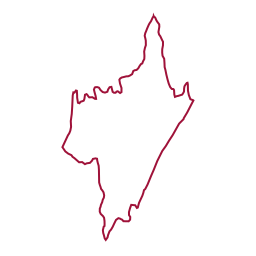 Sollefteå, Västernorrland, Sweden, rotated 269°
{"feature_id": "70781695B14713554089347", "entity_name": "Sollefteå", "entity_type": "district", "adm_level": 2, "iso_a3": "SWE", "parent_name": "Sweden", "parent_adm1": "Västernorrland", "projection": "equal_earth", "projection_center": [16.958, 63.453], "detail": "fine", "context": "isolated", "style": "outline", "palette": "rose", "viewbox_px": 256, "rotation_deg": 269, "n_neighbors": 0, "source": "geoboundaries", "source_scale": "gbopen_adm2", "svg_char_len": 2710}
<svg xmlns="http://www.w3.org/2000/svg" viewBox="0 0 256 256"><g transform="rotate(269 128 128)"><path d="M110.0,62.1L105.7,64.9L103.4,67.8L101.8,71.0L100.2,72.0L98.8,73.9L96.7,76.2L94.6,78.5L94.7,81.6L92.6,84.3L93.4,86.1L93.8,89.3L95.9,91.4L97.7,92.4L98.2,95.0L97.8,96.5L95.9,96.7L93.6,97.2L90.8,98.0L86.7,98.2L79.4,98.2L74.0,98.2L71.7,98.8L69.3,99.6L67.6,100.0L66.1,101.2L64.1,102.4L61.0,103.0L58.7,102.6L56.7,101.5L54.3,100.9L51.6,99.6L49.8,99.2L47.9,98.4L44.8,98.3L42.6,99.2L40.3,101.5L38.7,102.5L35.4,102.9L32.3,102.9L30.4,102.8L29.8,102.0L26.3,101.1L23.4,101.4L21.4,102.0L18.0,102.8L16.5,103.8L18.9,105.6L21.3,106.2L25.0,107.7L26.7,109.3L29.5,111.0L32.6,112.5L36.3,114.4L38.0,116.8L37.6,118.3L36.9,119.5L36.4,120.6L34.9,121.8L34.8,123.8L34.7,127.0L36.3,128.5L39.0,128.7L40.9,127.5L43.9,127.5L48.0,128.7L51.1,129.9L50.8,132.3L50.6,133.9L47.9,135.5L48.3,136.4L52.9,137.7L55.6,139.0L60.1,141.2L62.9,142.2L65.6,142.9L66.7,144.2L71.2,146.6L79.8,150.3L85.7,153.0L94.5,156.7L104.5,161.9L109.3,165.5L114.6,168.8L120.2,172.6L131.5,179.2L135.9,183.7L136.8,183.9L142.4,187.4L150.4,191.7L154.4,193.9L154.6,193.7L155.7,190.9L159.9,189.4L164.2,188.6L170.6,188.6L172.2,188.3L172.0,187.6L170.4,186.3L168.7,185.2L166.7,184.8L163.4,184.6L161.6,183.6L160.4,182.7L160.0,181.3L159.2,178.7L159.0,177.4L158.3,175.5L160.7,174.9L165.1,174.7L166.1,174.1L166.3,172.4L168.2,170.9L171.7,169.5L175.8,168.4L180.6,167.3L185.5,166.4L188.2,165.7L192.5,165.6L196.6,165.4L199.6,163.8L202.7,163.5L206.2,163.6L210.0,164.4L213.6,164.5L215.4,163.6L219.2,161.9L220.9,160.7L223.4,160.1L228.7,161.1L231.1,161.0L233.6,159.2L235.1,158.3L238.0,157.1L238.8,155.9L239.5,155.6L238.9,155.5L238.4,154.8L234.4,152.9L232.0,151.2L230.5,150.4L227.0,148.8L224.5,147.8L222.5,146.9L219.9,146.3L217.3,146.9L215.1,147.3L210.5,147.3L207.7,146.3L204.2,145.5L199.9,145.7L196.7,145.5L194.4,144.2L192.3,143.4L191.7,142.1L190.0,140.8L187.5,139.3L185.9,137.6L185.6,135.7L184.9,134.3L181.8,133.1L180.3,130.6L179.7,129.1L179.7,127.3L179.1,124.9L178.6,122.6L177.6,121.0L176.4,120.2L172.5,120.8L168.1,122.2L164.0,122.1L163.1,120.7L164.9,118.4L164.6,117.2L163.5,116.2L163.5,114.6L164.4,113.3L167.3,112.6L169.4,112.1L169.1,110.3L166.9,108.8L164.6,108.0L163.8,105.6L164.4,103.3L166.4,101.2L168.8,99.7L169.4,98.1L169.4,96.4L169.1,95.5L167.0,94.6L163.9,95.3L160.5,96.2L157.7,96.6L157.7,95.6L159.4,92.9L159.3,89.8L160.3,88.9L162.0,87.8L162.6,87.1L162.0,85.6L157.8,84.9L156.1,84.2L155.7,83.2L155.0,80.9L153.6,79.9L154.1,78.4L159.1,77.7L161.9,77.7L166.1,77.5L166.4,76.6L164.3,75.1L164.6,74.0L161.5,73.3L150.2,72.6L143.0,72.0L135.9,70.9L130.1,71.1L126.4,70.3L125.4,69.9L123.6,69.1L121.7,67.8L117.6,65.8L112.9,63.5L110.0,62.1Z" fill="none" stroke="#9f1239" stroke-width="2"/></g></svg>